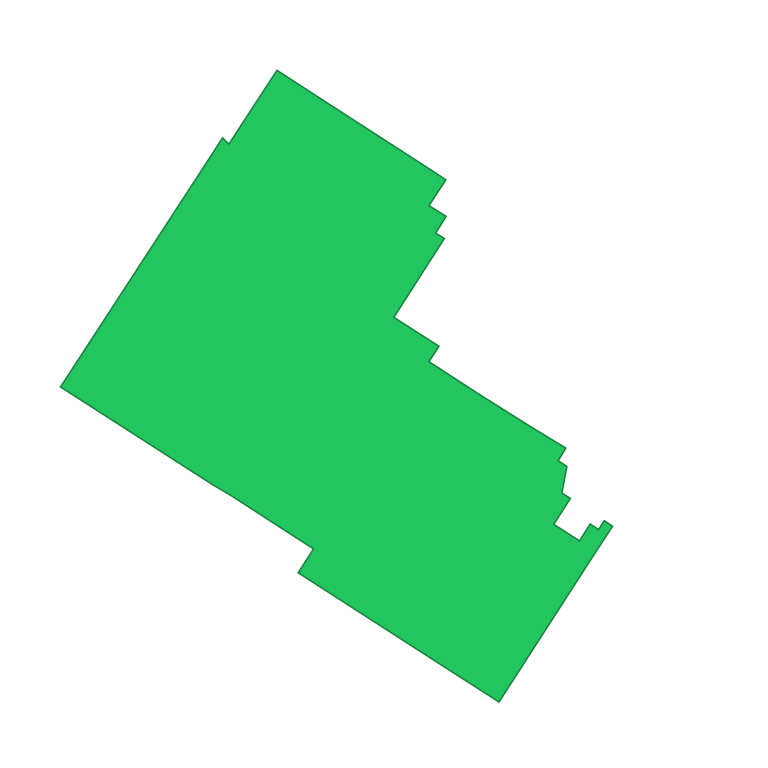 the district of Sanpete, Utah, United States of America, rotated 123°
{"feature_id": "52423323B58095875078867", "entity_name": "Sanpete", "entity_type": "district", "adm_level": 2, "iso_a3": "USA", "parent_name": "United States of America", "parent_adm1": "Utah", "projection": "albers", "projection_center": [-111.655, 39.423], "detail": "fine", "context": "isolated", "style": "filled", "palette": "green", "viewbox_px": 768, "rotation_deg": 123, "n_neighbors": 0, "source": "geoboundaries", "source_scale": "gbopen_adm2", "svg_char_len": 627}
<svg xmlns="http://www.w3.org/2000/svg" viewBox="0 0 768 768"><g transform="rotate(123 384 384)"><path d="M562.7,653.7L561.8,472.6L560.9,452.6L560.8,384.1L560.7,353.3L589.1,353.2L588.5,189.3L588.1,114.3L419.0,114.9L378.8,114.8L378.7,124.9L389.3,124.8L389.1,134.9L409.1,134.6L409.2,165.1L378.5,165.4L378.5,175.4L353.5,185.7L353.5,196.1L338.7,196.6L339.9,236.4L340.8,297.7L340.8,358.4L322.4,358.5L322.6,388.3L322.7,412.0L229.1,412.6L229.4,422.8L209.6,423.2L209.9,443.4L179.1,443.3L178.9,458.7L179.2,584.4L179.2,644.6L267.3,644.8L265.5,653.5L292.8,653.4L562.7,653.7Z" fill="#22c55e" stroke="#15803d" stroke-width="1.5"/></g></svg>